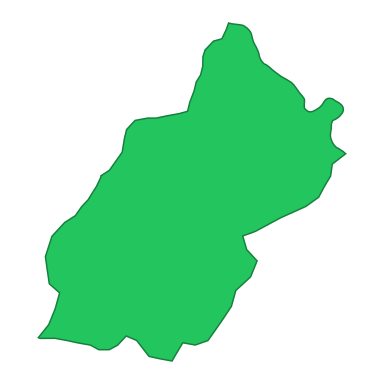 Kyonghung, Hamgyŏng-bukto, North Korea
{"feature_id": "82179303B15741079373395", "entity_name": "Kyonghung", "entity_type": "district", "adm_level": 2, "iso_a3": "PRK", "parent_name": "North Korea", "parent_adm1": "Hamgyŏng-bukto", "projection": "equal_earth", "projection_center": [130.331, 42.503], "detail": "fine", "context": "isolated", "style": "filled", "palette": "green", "viewbox_px": 384, "rotation_deg": 0, "n_neighbors": 0, "source": "geoboundaries", "source_scale": "gbopen_adm2", "svg_char_len": 5108}
<svg xmlns="http://www.w3.org/2000/svg" viewBox="0 0 384 384"><path d="M174.4,356.9L182.8,342.8L195.3,345.0L208.0,340.5L220.8,322.3L231.4,306.4L235.8,290.5L249.2,278.2L250.6,276.8L257.1,260.9L246.7,249.6L242.7,236.0L255.3,231.4L280.6,217.8L305.9,206.4L318.6,197.3L324.6,186.1L330.6,176.1L332.3,164.1L345.7,153.7L345.3,153.4L344.8,153.0L344.4,152.7L343.9,152.2L343.3,151.7L342.8,151.2L342.2,150.9L341.8,150.7L341.2,150.3L340.6,149.9L340.1,149.5L339.4,149.1L338.8,148.6L338.0,148.3L337.4,148.0L336.6,147.5L335.9,147.0L335.3,146.4L334.7,145.8L334.3,145.2L333.8,144.6L333.4,144.0L332.9,143.4L332.6,142.8L332.3,142.1L332.0,141.5L331.6,140.8L331.4,139.9L331.1,139.2L330.9,138.5L330.8,138.1L330.6,137.5L330.5,136.9L330.5,136.3L330.4,135.8L330.4,135.3L330.4,134.6L330.5,134.1L330.6,133.6L330.6,133.0L330.7,132.3L330.7,131.8L330.8,131.2L330.9,130.5L331.1,129.6L331.2,128.8L331.2,128.0L331.3,127.0L331.3,126.3L331.3,125.8L331.4,125.2L331.4,124.6L331.4,124.1L331.6,123.6L331.7,123.1L331.9,122.5L332.0,122.0L332.3,121.4L332.5,121.0L332.8,120.6L333.2,120.4L333.7,120.1L334.3,119.8L335.1,119.4L336.0,118.9L336.4,118.7L336.9,118.4L337.4,118.0L337.8,117.7L338.3,117.4L338.7,117.0L339.1,116.7L339.6,116.2L340.0,115.8L340.4,115.3L340.9,114.8L341.3,114.2L341.6,113.9L341.9,113.6L342.2,113.1L342.5,112.7L342.7,112.3L342.9,111.7L343.0,111.3L343.2,110.9L343.3,110.5L343.3,110.0L343.3,109.6L343.3,109.1L343.2,108.6L343.2,108.2L343.0,107.6L342.8,107.0L342.5,106.3L342.2,105.8L341.8,105.3L341.4,104.9L341.0,104.5L340.4,104.0L339.8,103.5L339.4,103.2L339.0,102.9L338.5,102.6L338.0,102.3L337.4,101.9L336.8,101.6L336.3,101.4L335.9,101.1L335.4,100.9L334.9,100.5L334.3,100.1L333.9,99.8L333.5,99.6L333.1,99.2L332.6,98.9L332.1,98.7L331.5,98.6L330.9,98.5L330.5,98.4L329.9,98.3L329.4,98.3L328.7,98.3L328.1,98.4L327.7,98.5L327.2,98.7L326.7,99.0L326.2,99.3L325.7,99.7L325.4,100.1L324.9,100.6L324.4,101.2L324.1,101.6L323.8,102.1L323.6,102.5L323.2,103.1L322.8,103.7L322.6,104.1L322.3,104.5L321.9,105.1L321.4,105.6L320.9,106.1L320.5,106.5L320.0,107.0L319.4,107.5L318.8,107.9L318.3,108.3L317.7,108.7L317.3,109.0L316.7,109.3L315.9,109.9L315.1,110.2L314.2,110.7L313.9,110.9L313.3,111.2L312.9,111.4L312.3,111.5L311.7,111.7L311.2,111.8L310.6,111.8L310.0,111.8L309.5,111.8L309.0,111.7L308.7,111.6L308.2,111.4L307.8,111.2L307.4,111.0L307.0,110.6L306.6,110.3L306.2,110.0L305.8,109.7L305.5,109.4L305.1,109.0L304.8,108.7L304.6,108.3L304.5,107.9L304.4,107.6L304.3,107.1L304.3,106.3L304.3,105.7L304.3,105.2L304.3,104.6L304.3,104.0L304.3,103.2L304.5,102.6L304.4,102.0L304.5,101.3L304.5,100.8L304.5,100.1L304.4,99.2L304.2,98.9L304.0,98.4L303.7,98.1L303.4,97.6L302.9,96.9L302.5,96.4L302.1,95.8L301.5,95.1L301.1,94.6L300.7,94.2L300.1,93.5L299.6,92.9L299.3,92.5L298.8,91.9L298.4,91.3L298.0,90.6L297.5,90.0L297.0,89.3L296.6,88.6L296.0,87.8L295.4,87.1L295.1,86.7L294.5,85.8L293.9,85.0L293.5,84.6L293.1,84.2L292.6,83.7L292.1,83.1L291.6,82.7L291.0,82.2L290.0,81.7L289.4,81.2L288.6,80.8L287.8,80.3L287.1,79.8L286.4,79.4L285.6,78.9L284.9,78.6L283.9,78.1L283.2,77.6L282.4,77.2L281.8,76.8L281.2,76.5L280.5,76.0L279.7,75.4L278.9,74.8L278.3,74.4L277.7,73.9L277.0,73.4L276.5,73.1L276.2,72.8L275.6,72.4L275.1,72.0L274.6,71.6L274.0,71.1L273.6,70.8L273.2,70.5L272.6,70.0L272.1,69.6L271.6,69.1L271.1,68.7L270.8,68.4L270.3,67.9L269.8,67.5L269.2,67.1L268.8,66.7L268.4,66.4L268.0,66.1L267.6,65.8L267.1,65.4L266.6,65.0L266.1,64.8L265.6,64.5L265.0,64.3L264.5,64.1L264.1,63.8L263.6,63.3L263.1,62.8L262.6,62.3L262.3,62.0L262.0,61.5L261.6,61.1L261.3,60.5L261.0,60.0L260.7,59.5L260.5,59.1L260.1,58.4L259.9,58.0L259.8,57.5L259.6,57.0L259.5,56.4L259.3,55.8L259.2,55.2L259.0,54.4L258.8,53.9L258.8,53.6L258.6,53.0L258.5,52.4L258.3,51.8L258.1,51.3L257.8,50.7L257.6,50.2L257.3,49.6L257.0,48.9L256.8,48.3L256.4,47.6L256.2,47.1L255.8,46.4L255.5,45.9L255.1,45.3L254.8,44.6L254.5,43.9L254.1,43.2L253.8,42.6L253.5,42.0L253.3,41.4L253.0,40.5L252.8,39.7L252.7,39.2L252.5,38.7L252.4,38.2L252.2,37.6L252.1,37.1L251.9,36.5L251.8,35.8L251.7,35.3L251.5,34.8L251.4,34.2L251.1,33.5L250.9,32.8L250.6,32.3L250.3,31.7L249.9,31.3L249.5,30.7L249.2,30.3L248.8,29.9L248.4,29.4L248.0,29.0L247.6,28.6L247.1,28.1L246.7,27.8L246.2,27.4L245.5,27.0L245.0,26.6L244.5,26.2L244.1,26.0L243.7,25.8L243.1,25.5L242.6,25.3L241.9,25.1L241.2,25.0L240.5,24.9L239.8,24.8L239.0,24.6L238.2,24.6L237.4,24.5L236.8,24.4L236.2,24.3L235.5,24.2L234.8,24.2L234.1,24.1L233.6,24.0L233.0,23.9L232.4,23.9L231.8,23.8L231.4,23.7L231.1,23.6L230.7,23.5L230.2,23.4L229.8,23.3L229.3,23.3L228.8,23.1L228.6,23.0L226.2,29.7L221.9,38.8L213.5,41.1L205.0,50.1L202.9,56.9L202.8,66.0L200.6,75.0L196.3,81.8L194.1,90.9L189.8,102.2L187.6,111.3L179.2,113.6L166.6,115.9L156.1,118.1L147.7,118.1L135.1,120.4L126.6,129.5L124.4,138.6L122.2,152.2L115.8,161.2L109.4,170.3L100.9,175.8L100.9,177.1L96.6,186.2L92.3,193.0L88.1,199.8L81.7,206.6L75.3,215.7L64.7,222.5L52.0,236.2L45.4,256.6L47.3,270.2L49.3,283.8L59.6,292.9L55.2,308.8L48.7,324.7L38.3,337.7L40.2,338.4L54.9,338.3L67.4,340.6L77.9,342.9L90.4,345.1L98.8,349.7L109.3,349.7L117.7,345.1L126.2,336.0L136.7,340.5L149.0,356.4L159.5,358.7L172.1,361.0L174.4,356.9Z" fill="#22c55e" stroke="#15803d" stroke-width="1.5"/></svg>